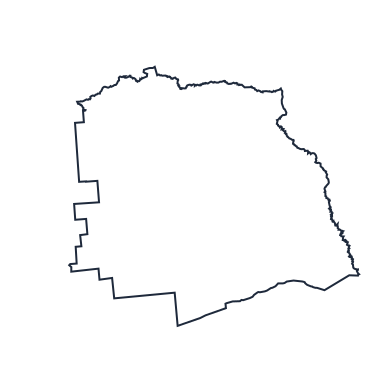 outline of Burruyacú, Tucumán, Argentina, rotated 74°
{"feature_id": "61730980B16369231979992", "entity_name": "Burruyacú", "entity_type": "district", "adm_level": 2, "iso_a3": "ARG", "parent_name": "Argentina", "parent_adm1": "Tucumán", "projection": "mercator", "projection_center": [-64.978, -26.55], "detail": "fine", "context": "isolated", "style": "outline", "palette": "slate", "viewbox_px": 384, "rotation_deg": 74, "n_neighbors": 0, "source": "geoboundaries", "source_scale": "gbopen_adm2", "svg_char_len": 5736}
<svg xmlns="http://www.w3.org/2000/svg" viewBox="0 0 384 384"><g transform="rotate(74 192 192)"><path d="M318.1,55.5L317.3,55.1L317.1,54.1L316.0,54.8L313.5,55.3L313.1,55.0L312.6,53.9L312.1,53.8L312.0,55.3L311.3,55.6L311.1,56.3L309.9,57.5L309.1,57.8L306.2,57.3L305.1,57.9L304.1,56.8L303.2,57.1L303.0,56.4L301.3,56.8L301.3,55.9L301.0,55.7L300.3,56.2L300.5,56.8L300.3,57.0L299.5,56.4L298.3,56.3L298.3,57.4L297.8,58.6L297.4,58.8L297.3,58.4L296.7,58.1L297.2,57.3L296.9,56.9L294.0,57.7L292.6,58.8L292.2,58.6L292.5,58.2L292.4,57.7L291.5,57.3L289.8,57.4L289.6,56.3L288.4,56.6L287.4,56.0L287.1,55.4L286.8,55.6L285.9,57.3L285.4,57.6L283.3,56.1L282.3,58.2L281.6,58.4L282.0,57.3L281.8,57.0L280.2,57.8L280.1,58.1L280.6,59.3L279.8,59.9L279.7,60.3L276.9,59.1L276.5,58.6L275.7,60.7L274.7,60.9L274.3,61.5L274.1,61.4L273.6,60.1L273.1,60.6L272.7,60.3L273.2,59.2L273.0,58.6L272.3,58.3L271.6,58.8L271.2,57.6L270.5,58.6L270.7,59.2L269.1,60.0L268.7,61.4L268.2,61.0L266.8,61.9L265.7,61.4L263.7,61.3L262.9,60.9L263.3,61.6L263.2,62.3L264.1,62.7L263.7,63.5L261.3,63.2L259.6,63.8L259.5,64.4L258.7,64.1L258.7,65.0L257.5,64.8L256.4,65.9L255.7,65.5L255.7,65.0L254.0,65.1L254.1,64.1L252.9,63.8L252.8,64.5L252.1,64.8L251.0,62.9L250.6,63.3L249.5,63.2L249.1,64.3L248.7,63.9L247.7,63.8L247.7,63.4L247.4,63.3L246.9,64.4L246.0,64.3L245.7,64.7L245.1,63.8L245.4,63.2L244.8,62.9L243.3,63.5L239.3,63.2L238.4,61.9L237.2,62.0L237.2,63.0L235.4,63.3L234.9,64.5L233.2,64.2L232.7,64.9L229.7,64.0L228.7,64.6L228.2,63.6L225.5,63.8L224.2,62.9L223.9,61.9L223.2,61.3L221.4,58.4L220.4,57.8L217.3,57.5L215.1,58.6L213.5,58.1L212.6,57.3L209.7,58.0L209.2,57.5L207.4,59.2L206.8,59.2L206.4,59.7L205.6,59.5L202.8,61.3L200.1,60.6L198.8,62.1L198.7,63.6L197.9,64.9L197.3,65.3L196.2,63.9L194.4,63.9L193.7,62.9L190.9,62.8L188.9,63.6L188.4,64.1L187.9,65.2L187.8,66.5L188.3,67.4L186.6,67.8L186.1,68.3L186.8,69.8L185.1,69.2L184.2,69.4L183.7,72.1L183.1,71.9L181.5,72.7L181.0,75.1L180.1,76.6L178.9,77.7L178.6,78.5L177.0,78.8L176.7,79.4L175.6,79.8L175.3,80.6L174.3,80.7L173.5,81.6L171.4,80.7L170.9,80.1L169.9,80.1L169.5,81.3L168.0,82.6L167.3,83.7L166.0,84.3L165.5,84.9L165.0,84.8L164.2,85.4L162.2,85.2L162.0,85.9L161.3,85.9L160.9,86.4L160.0,85.6L159.3,85.5L159.4,86.2L159.0,86.7L157.6,87.6L156.7,86.6L156.1,87.7L156.3,88.6L154.4,87.8L153.5,88.4L154.0,89.7L153.1,89.6L152.8,90.4L151.7,91.0L151.0,90.8L149.9,91.7L147.4,90.3L146.3,90.5L146.2,89.0L145.2,87.7L145.6,87.1L144.6,86.8L144.6,85.9L143.7,85.1L143.1,83.4L143.5,82.1L143.5,80.3L141.6,79.4L138.1,80.0L137.6,80.6L136.6,80.9L131.7,81.2L128.3,80.4L125.6,78.6L123.0,78.5L120.0,77.4L118.5,78.0L117.0,78.1L117.8,79.9L117.8,83.5L118.2,83.8L118.4,84.4L117.3,85.7L117.9,86.3L118.0,87.7L117.2,88.5L117.0,89.4L116.5,89.7L116.5,90.6L115.5,92.8L114.8,96.2L115.7,96.6L115.4,97.2L114.9,97.5L114.7,98.3L113.8,98.7L112.7,100.1L113.0,101.5L111.6,102.1L110.8,103.3L109.6,103.2L108.2,105.5L107.5,105.4L106.9,106.0L107.3,107.1L105.9,112.6L102.6,114.6L102.2,117.1L101.7,116.9L101.2,118.8L100.0,118.5L99.3,119.4L99.5,120.7L98.4,121.9L98.8,124.9L98.4,125.4L98.4,126.7L97.3,128.2L96.7,128.1L96.0,128.5L95.8,129.4L95.1,130.0L94.4,129.7L94.0,130.4L94.2,133.2L93.7,134.6L94.1,136.4L93.6,138.3L92.4,140.1L92.8,140.8L92.5,141.1L92.6,141.6L91.2,143.1L91.2,143.8L92.1,146.9L91.3,148.1L91.5,148.8L90.9,149.0L90.9,150.0L91.2,150.5L91.0,150.8L91.3,150.9L91.2,151.8L90.8,152.1L91.7,153.8L91.0,154.0L91.0,154.5L91.7,155.1L91.5,155.8L90.4,157.1L90.3,157.7L90.7,158.6L90.2,159.0L90.6,159.9L89.8,159.6L88.9,160.8L89.5,163.3L88.7,163.5L88.1,165.0L88.2,167.1L88.7,167.8L89.4,168.0L89.7,168.9L90.6,169.4L90.5,170.3L89.4,173.1L89.9,173.0L90.1,174.0L89.7,174.8L88.6,174.8L87.3,175.4L86.7,175.0L85.9,175.9L85.0,175.2L83.7,176.1L81.1,175.0L80.6,174.4L79.9,174.4L79.0,175.9L77.4,176.5L77.3,177.6L77.9,179.4L77.8,179.8L77.3,179.9L77.2,180.7L76.3,180.8L75.6,181.5L75.2,181.4L74.7,182.0L74.8,182.8L74.4,183.2L74.7,183.8L73.8,184.6L73.4,184.4L72.7,185.5L72.0,188.6L71.2,189.4L71.2,190.5L69.9,191.5L70.2,193.3L61.4,193.3L62.0,195.4L61.1,198.8L61.3,204.5L63.4,205.5L64.6,204.5L66.1,202.5L68.5,203.5L69.0,207.9L68.7,208.3L69.1,208.4L69.1,209.1L69.6,209.6L69.6,210.7L69.3,210.8L70.3,211.4L70.9,212.2L70.5,213.6L69.8,214.3L70.5,214.4L69.7,215.2L68.0,215.2L66.7,216.1L66.3,216.8L66.6,217.6L65.5,218.0L64.5,219.4L63.6,219.2L63.6,219.7L63.1,219.8L63.8,221.7L64.0,223.6L63.7,224.8L63.0,225.6L62.5,225.5L62.2,224.7L61.9,225.9L62.3,227.6L61.2,229.3L61.9,230.8L64.7,231.4L65.0,232.5L67.0,234.2L68.1,235.7L67.8,237.2L68.3,238.4L68.6,240.6L67.8,241.1L68.4,242.2L68.6,243.9L66.9,246.5L66.7,247.5L67.3,249.1L69.9,251.3L70.6,252.7L72.0,253.4L71.4,255.5L72.0,256.6L71.9,257.9L72.8,259.4L71.9,260.6L72.0,262.2L72.6,263.6L74.1,263.7L74.8,264.5L74.3,265.5L74.7,266.5L73.9,267.9L74.6,271.1L74.7,272.7L74.1,273.8L74.3,274.6L73.6,277.5L75.9,277.2L76.4,276.0L77.2,275.4L77.2,274.9L77.7,274.6L78.0,274.9L78.7,274.0L80.5,273.7L81.1,273.2L82.0,273.4L82.4,273.9L83.3,273.8L83.3,273.2L83.9,271.8L84.2,272.0L84.3,272.9L84.0,274.4L95.1,276.7L93.3,285.4L151.1,297.7L152.6,290.9L152.9,291.0L155.2,279.9L176.3,284.2L171.0,308.6L186.5,311.9L188.7,301.2L203.7,304.2L202.6,311.4L213.7,313.3L212.6,318.9L229.0,322.6L227.7,328.9L228.5,330.2L230.9,328.7L235.3,330.0L239.9,303.0L250.8,305.1L252.6,292.5L272.8,296.1L284.0,236.4L316.7,242.7L315.4,218.8L314.3,213.0L313.0,191.4L308.6,190.6L308.4,189.2L308.4,183.1L310.2,176.0L309.4,174.2L310.1,172.6L309.9,165.6L309.4,162.6L308.0,160.7L306.5,156.5L306.5,155.6L307.1,154.4L307.6,149.3L307.4,147.0L306.1,142.7L306.2,141.0L305.6,137.7L303.6,134.4L304.9,129.9L305.0,128.1L304.2,125.6L305.1,118.8L308.4,110.7L309.3,109.1L310.0,108.4L310.8,108.4L313.0,106.9L315.7,103.4L315.9,102.6L316.8,101.9L318.1,99.8L318.6,98.2L322.9,91.7L315.4,63.8L318.1,55.5Z" fill="none" stroke="#1e293b" stroke-width="2"/></g></svg>